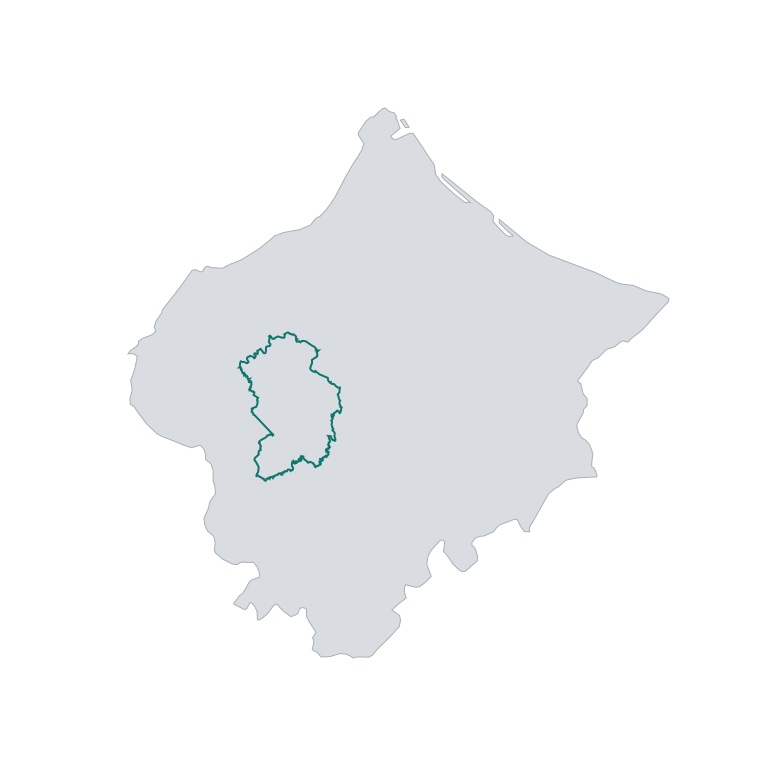 Hambol, Vallée du Bandama, Ivory Coast shown in context, rotated 225°
{"feature_id": "98640826B80955316471767", "entity_name": "Hambol", "entity_type": "district", "adm_level": 2, "iso_a3": "CIV", "parent_name": "Ivory Coast", "parent_adm1": "Vallée du Bandama", "projection": "natural_earth1", "projection_center": [-4.861, 8.622], "detail": "fine", "context": "in_parent", "style": "outline", "palette": "teal", "viewbox_px": 768, "rotation_deg": 225, "n_neighbors": 0, "source": "geoboundaries", "source_scale": "gbopen_adm2", "svg_char_len": 9733}
<svg xmlns="http://www.w3.org/2000/svg" viewBox="0 0 768 768"><g transform="rotate(225 384 384)"><path d="M212.1,168.3L214.2,168.2L219.6,166.3L224.6,162.2L229.2,153.5L235.4,146.5L242.4,147.0L244.5,145.7L247.0,145.5L249.9,150.0L252.8,153.6L254.9,153.6L256.5,160.3L269.2,163.1L274.7,164.9L279.3,169.7L280.9,169.8L282.9,168.8L284.4,167.1L284.7,165.3L282.7,160.9L283.6,157.0L285.6,153.5L288.9,153.2L293.9,152.3L299.6,152.3L303.8,152.9L305.5,149.4L303.9,139.5L304.3,134.1L305.0,129.5L306.6,127.6L312.9,133.4L318.7,135.5L322.9,135.6L324.0,134.5L322.3,128.3L322.7,126.4L324.3,125.3L327.0,124.6L334.4,122.1L335.1,122.6L336.5,132.5L335.9,135.7L337.4,142.5L339.3,148.7L339.2,151.2L337.6,155.1L335.7,158.7L335.9,160.1L338.9,162.5L344.5,165.0L350.3,165.6L353.6,162.0L357.0,159.0L359.3,156.4L360.1,152.4L363.8,149.6L374.4,146.0L384.1,145.4L386.5,146.6L390.8,152.1L396.4,155.8L404.9,155.3L411.0,157.6L416.4,161.8L419.9,171.1L423.9,177.8L425.6,187.4L431.7,192.4L436.5,194.7L443.1,201.6L449.9,205.2L456.9,204.4L460.2,208.0L465.4,210.6L470.6,210.8L475.2,202.7L481.3,199.6L496.7,193.2L502.8,190.3L508.9,188.4L523.7,187.9L537.5,189.8L544.3,191.3L549.0,190.2L553.4,194.0L558.0,202.0L561.8,204.6L565.6,207.3L568.5,213.6L571.8,219.9L573.7,222.7L577.8,228.8L581.4,228.9L584.8,226.3L586.3,224.3L587.0,228.4L585.7,235.0L586.0,239.1L587.9,240.6L586.9,245.9L582.8,254.9L582.8,260.2L586.8,261.8L589.7,267.4L591.5,277.1L593.2,280.3L593.4,282.3L596.3,305.5L600.0,328.9L597.7,332.0L594.5,332.9L592.5,334.0L591.9,336.1L593.2,339.3L592.4,342.2L588.4,344.3L579.9,351.7L579.3,354.6L577.0,361.0L575.2,364.8L572.4,372.0L568.0,390.9L566.3,406.6L566.1,411.4L564.4,414.8L562.4,419.7L553.1,433.1L548.4,444.1L549.0,448.9L549.2,453.7L547.8,457.2L548.1,466.4L549.3,474.2L550.9,481.8L557.7,503.4L561.2,516.5L563.4,527.1L565.3,534.2L567.1,537.1L567.9,539.8L577.9,541.8L579.8,543.3L582.6,557.1L582.1,563.3L580.1,565.7L580.2,570.9L579.8,577.5L578.3,580.1L572.7,580.4L568.9,582.9L563.9,581.9L563.4,580.3L560.7,579.7L553.3,576.0L554.5,564.0L551.0,563.5L548.4,565.1L543.1,579.4L540.6,581.9L503.5,574.5L495.4,568.5L485.8,567.2L469.0,567.9L455.1,569.6L451.1,573.3L486.1,571.1L489.9,571.5L491.7,573.7L447.4,578.5L430.5,581.3L425.5,580.5L421.7,575.9L403.4,575.4L399.6,576.9L397.3,580.2L404.6,579.5L416.0,579.3L419.0,581.9L383.3,585.3L358.6,591.7L348.1,596.5L313.6,612.2L292.5,619.6L287.0,622.4L277.4,630.0L265.1,634.9L251.3,643.9L242.9,645.9L241.0,643.0L240.8,627.8L239.6,607.3L240.1,599.5L241.2,592.1L241.2,586.0L245.4,583.7L246.5,581.2L247.2,573.2L251.1,566.0L251.2,553.4L252.3,550.7L253.2,547.4L251.6,539.1L249.4,523.5L248.3,522.5L247.4,523.2L245.2,523.4L236.5,518.0L229.9,517.1L225.2,512.5L224.9,507.3L222.6,504.2L221.0,498.1L218.7,491.2L212.1,487.0L205.9,485.9L201.5,486.8L196.3,486.6L190.4,484.2L186.4,481.6L182.5,476.5L178.9,472.5L176.1,473.0L172.6,472.0L169.2,470.2L168.0,468.7L182.4,452.5L187.3,444.6L187.8,439.8L187.9,434.9L189.5,429.8L189.9,422.2L182.0,394.4L180.0,385.8L177.9,383.3L176.5,382.4L180.5,378.8L186.1,379.7L194.5,382.5L196.4,379.8L202.8,365.8L202.7,360.5L202.0,357.0L205.8,347.4L208.8,343.6L210.4,339.6L209.9,334.2L207.6,332.1L204.7,332.5L201.1,331.2L195.7,328.0L193.0,325.2L193.8,312.5L194.3,308.6L196.3,306.4L199.2,305.7L207.6,305.4L214.4,306.8L220.4,307.6L223.6,307.6L226.2,311.4L229.6,315.2L232.6,315.2L233.7,312.3L233.0,299.8L231.0,293.2L226.4,286.8L214.6,281.4L214.4,273.8L215.6,265.5L218.1,262.5L226.9,257.2L225.4,254.4L222.6,251.4L217.0,248.4L218.3,238.5L218.6,229.7L213.9,230.7L209.1,231.2L205.0,228.4L201.6,223.1L201.0,208.4L201.1,191.4L200.4,183.8L201.8,179.8L205.9,176.1L210.5,171.3L212.1,168.3ZM559.1,582.1L557.1,585.4L547.8,583.3L550.0,580.5L559.1,582.1Z" fill="#d9dde1" stroke="#a8b0b8" stroke-width="1"/><path d="M394.7,333.2L395.5,333.9L395.8,334.5L395.7,334.9L396.8,336.2L397.3,337.5L398.1,337.5L398.9,337.0L399.2,337.5L400.3,338.2L401.5,338.5L403.0,340.4L403.3,341.3L404.2,341.3L405.4,341.7L407.8,343.3L409.4,343.9L409.6,346.5L412.7,350.3L414.1,348.8L417.6,348.4L418.8,348.7L420.0,348.2L420.3,347.7L421.0,347.1L421.9,347.3L422.5,347.0L423.1,347.7L423.6,346.7L425.5,346.9L426.5,347.3L428.0,348.6L436.3,345.3L441.4,344.6L441.7,344.7L442.0,343.9L441.6,343.4L443.3,342.6L445.5,342.3L446.6,342.5L447.5,343.1L449.7,347.9L452.0,350.1L450.8,356.0L451.2,356.0L451.4,357.0L452.1,357.8L453.0,358.4L453.5,358.5L454.3,359.0L454.0,360.0L454.0,361.0L454.3,360.5L455.0,360.3L455.7,360.9L456.3,360.9L456.7,360.6L456.7,360.2L457.2,360.7L458.6,361.2L462.4,360.2L469.7,358.8L472.5,356.5L472.5,354.4L473.5,354.0L474.1,354.3L474.3,354.2L475.4,352.3L476.2,352.4L477.2,352.8L477.1,354.4L478.4,353.9L479.7,355.4L482.7,355.3L483.4,354.9L483.4,354.2L484.3,354.0L484.8,353.5L485.6,353.4L486.0,352.8L487.1,353.0L487.9,352.8L488.6,352.2L489.0,351.5L489.1,350.3L489.6,348.6L488.7,348.3L487.4,346.5L487.3,346.0L490.0,343.9L491.5,343.4L492.7,342.4L492.9,342.1L493.1,340.9L493.8,339.5L493.7,338.2L494.0,337.8L494.5,337.3L495.7,337.1L496.4,337.2L497.1,337.6L498.6,337.6L499.0,337.3L499.0,336.4L497.7,336.0L496.3,333.9L495.5,333.1L495.3,332.5L493.5,331.8L492.5,331.9L491.9,331.3L491.7,330.4L491.8,329.8L493.2,328.1L493.5,327.1L492.9,325.9L491.1,324.2L489.8,322.2L490.3,321.1L491.2,320.8L495.5,321.6L496.1,321.5L496.3,321.2L496.4,319.3L497.0,318.2L497.0,317.7L495.5,317.0L494.7,315.9L495.1,315.4L496.4,315.1L497.2,313.8L497.0,313.5L495.5,313.0L494.6,313.2L494.2,312.5L493.8,310.9L494.0,310.4L495.5,310.7L498.5,309.3L498.7,309.1L498.8,307.7L499.4,306.7L499.4,305.9L499.1,305.2L497.8,304.5L495.4,303.8L495.3,302.9L495.5,302.0L495.9,301.5L498.3,300.9L500.0,299.3L501.3,298.7L500.0,296.3L498.1,294.4L498.1,293.3L497.3,294.1L496.3,293.8L496.3,294.2L496.0,294.1L495.9,293.9L495.5,293.8L495.6,293.2L495.3,292.9L494.8,292.8L494.1,293.0L493.9,292.7L491.7,291.7L491.0,292.8L490.6,292.2L490.0,292.3L489.8,291.7L488.9,291.1L488.8,291.6L489.0,291.7L489.0,292.4L488.2,291.9L487.8,292.1L487.8,292.5L487.6,292.5L486.7,291.8L486.5,292.7L486.2,292.8L485.4,292.5L484.6,291.7L484.3,291.7L483.5,291.2L482.8,292.3L482.8,291.3L480.9,289.9L480.5,290.1L480.8,290.6L480.3,290.7L480.3,291.3L479.9,291.6L480.0,291.8L479.4,291.8L478.5,290.8L477.6,290.3L477.3,289.4L476.8,289.0L476.5,287.5L475.8,287.5L475.7,287.1L476.0,286.9L475.9,286.4L475.4,285.9L475.6,285.0L475.2,284.6L474.8,284.7L474.6,285.1L474.2,284.6L473.4,285.3L472.9,285.5L471.8,285.5L471.5,285.6L471.3,286.2L470.4,286.1L469.9,286.5L469.3,286.0L468.4,284.0L465.7,284.7L464.2,284.7L463.4,285.2L462.4,282.8L461.2,282.6L460.7,281.8L459.7,280.8L458.3,277.8L458.3,277.1L459.0,276.1L460.0,273.4L460.0,273.2L459.1,273.4L458.9,272.2L457.9,270.7L457.3,270.7L456.5,271.0L455.1,270.5L455.1,270.2L454.7,269.9L453.7,270.4L451.1,270.4L426.3,269.7L426.2,269.6L426.3,268.7L427.0,268.8L427.2,269.4L427.9,268.5L428.5,268.3L428.4,267.9L428.7,267.3L429.4,267.0L429.5,265.6L430.1,264.9L429.7,264.4L429.9,263.6L429.9,262.2L431.4,257.3L431.5,255.1L430.8,253.8L430.6,253.8L430.2,254.4L428.0,253.1L427.5,253.3L426.8,252.5L426.5,251.5L426.1,251.3L426.0,250.9L424.5,250.2L424.9,248.9L424.8,248.4L425.0,247.9L424.3,247.3L424.2,246.8L423.6,246.1L422.7,245.6L423.0,240.6L422.2,238.9L421.7,238.6L419.8,238.4L415.4,237.2L413.5,236.3L410.9,232.9L410.0,229.9L409.4,229.4L409.3,228.8L409.0,228.7L408.5,230.1L407.8,230.0L407.1,230.4L406.2,230.4L405.9,230.8L403.7,231.3L403.4,231.1L402.2,231.9L400.7,231.4L399.5,231.6L399.3,232.3L399.4,233.3L400.1,233.7L399.8,234.6L399.1,235.1L398.9,235.7L398.4,235.8L399.1,236.3L399.1,236.5L398.1,236.9L398.5,237.8L397.8,238.3L397.7,238.9L397.3,239.3L396.0,239.0L396.1,239.4L396.9,240.6L396.0,241.4L396.3,242.1L396.0,243.0L394.9,244.7L395.3,245.3L395.0,245.6L395.1,246.1L394.9,246.6L394.5,246.9L394.4,247.5L393.7,247.9L392.5,247.2L392.1,247.6L393.3,248.1L393.4,248.4L393.3,248.6L392.4,248.7L393.2,249.7L393.2,250.0L391.9,251.0L392.6,252.1L390.9,253.7L391.4,255.2L391.4,255.7L390.0,256.8L388.5,256.5L388.5,257.7L387.8,258.4L388.1,259.4L388.8,260.3L391.3,261.1L392.6,262.2L394.0,264.5L393.8,265.4L392.4,264.5L391.6,264.3L390.8,264.7L390.6,265.1L390.7,265.4L391.4,265.2L392.0,265.9L392.0,266.5L391.4,267.3L390.4,266.2L390.0,266.3L389.9,268.6L389.5,269.5L391.1,270.4L390.7,272.2L388.5,271.1L388.5,271.6L389.4,272.9L391.0,273.3L391.7,273.9L391.6,274.4L389.8,275.7L388.9,274.6L388.0,274.7L386.9,274.3L384.7,274.8L384.1,274.6L383.6,275.0L383.1,274.7L382.3,274.6L381.7,275.0L381.4,276.3L380.9,276.9L377.6,278.0L377.4,277.6L376.8,277.4L375.6,277.6L375.0,276.9L373.8,276.6L373.6,276.8L373.5,277.7L373.6,278.5L373.5,278.8L372.9,279.1L372.6,279.7L372.6,280.6L371.9,282.4L372.1,282.9L372.5,283.1L373.2,282.3L374.0,283.1L374.7,283.3L374.8,283.5L374.2,283.9L373.9,284.6L375.1,285.1L376.1,285.8L375.7,286.1L374.4,286.1L373.3,286.5L373.6,287.2L374.4,287.3L375.2,287.9L375.3,288.1L375.0,288.6L375.0,289.2L374.6,289.4L374.7,290.4L374.2,290.7L374.5,291.3L374.4,292.1L373.1,292.0L373.2,293.1L373.8,294.0L373.8,294.3L373.4,294.4L373.4,294.9L374.3,295.5L375.0,296.8L375.4,296.6L375.6,296.0L376.4,295.2L376.8,295.7L377.2,295.6L378.3,296.0L378.3,296.5L378.7,297.2L378.4,297.6L377.7,297.1L377.4,297.8L378.0,298.9L377.5,299.2L378.2,300.0L377.7,300.2L377.5,300.6L377.5,300.9L379.1,301.6L379.5,301.5L379.4,301.1L380.7,301.7L380.6,302.6L381.7,303.5L381.3,304.9L382.7,306.0L384.7,306.7L385.5,307.6L386.6,307.8L385.9,308.3L385.4,309.1L384.7,309.5L383.4,308.9L383.0,308.4L381.7,308.0L381.2,308.3L380.5,308.2L380.1,308.8L378.7,308.9L378.5,309.5L378.8,310.1L380.5,311.3L382.2,312.0L383.5,313.8L384.4,314.6L386.7,315.0L387.6,314.7L387.8,315.8L388.3,316.5L389.3,316.4L390.0,317.1L390.6,317.1L392.5,318.4L393.7,320.3L395.4,320.9L395.6,322.9L395.8,323.2L396.3,323.5L396.9,323.4L398.4,324.1L399.5,325.4L399.5,325.6L398.8,325.6L397.5,324.8L396.9,325.0L397.4,326.6L398.9,328.0L398.2,329.6L398.5,331.6L397.9,332.4L394.8,332.1L394.7,333.2Z" fill="none" stroke="#0f766e" stroke-width="2"/></g></svg>